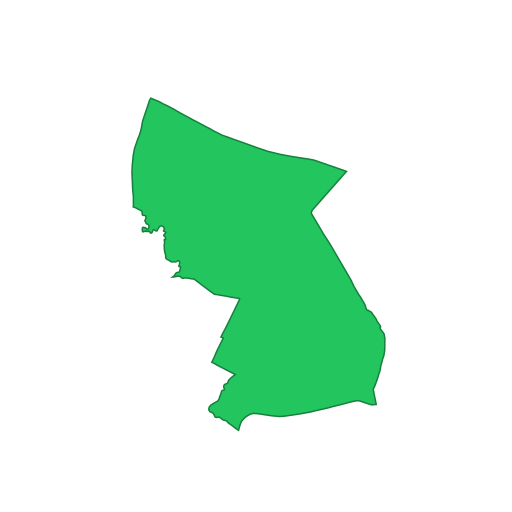 outline of Go Cong Dong, Tiền Giang, Vietnam, rotated 328°
{"feature_id": "81297802B63663693246644", "entity_name": "Go Cong Dong", "entity_type": "district", "adm_level": 2, "iso_a3": "VNM", "parent_name": "Vietnam", "parent_adm1": "Tiền Giang", "projection": "orthographic", "projection_center": [106.706, 10.378], "detail": "fine", "context": "isolated", "style": "filled", "palette": "green", "viewbox_px": 512, "rotation_deg": 328, "n_neighbors": 0, "source": "geoboundaries", "source_scale": "gbopen_adm2", "svg_char_len": 6108}
<svg xmlns="http://www.w3.org/2000/svg" viewBox="0 0 512 512"><g transform="rotate(328 256 256)"><path d="M177.9,149.3L179.1,150.8L180.0,152.3L180.7,153.6L182.4,156.3L182.8,157.0L182.8,157.7L182.6,158.5L182.2,159.4L181.7,160.1L181.5,160.5L181.5,160.9L181.5,161.3L181.8,161.6L182.1,161.9L182.5,162.3L182.8,162.5L183.2,162.7L183.6,163.3L183.7,163.7L183.6,164.0L183.5,164.4L183.3,164.8L182.9,165.3L182.1,166.0L181.7,166.3L180.4,167.3L180.3,167.6L180.4,167.8L180.4,168.0L180.4,168.4L180.3,168.8L180.2,169.3L180.1,169.8L180.1,170.2L180.2,170.6L180.4,171.0L181.1,171.8L181.3,172.1L181.4,172.4L181.4,172.8L181.3,173.2L181.2,173.6L180.9,174.1L180.5,174.7L179.3,175.7L178.8,175.9L178.2,175.9L177.9,175.8L177.7,175.6L177.6,175.2L177.5,174.7L177.5,174.2L177.4,173.9L177.3,173.5L177.0,173.1L176.6,172.8L176.1,172.5L175.7,172.0L175.4,171.8L175.0,171.8L174.7,171.9L174.4,172.1L174.1,172.5L172.9,174.5L172.8,174.9L172.8,175.3L172.9,175.6L173.2,175.8L173.5,175.9L174.3,176.0L174.9,176.2L175.7,176.7L176.1,177.0L176.5,177.5L177.0,177.8L177.7,178.1L178.0,178.1L178.2,178.3L178.4,178.5L178.6,178.7L178.6,179.1L178.6,179.3L178.6,179.5L178.6,180.0L178.6,180.4L178.8,180.8L179.1,181.0L179.3,181.0L180.1,181.0L180.6,180.8L181.0,180.6L181.4,180.3L181.7,180.0L182.5,179.4L182.8,179.4L183.1,179.4L183.3,179.5L183.5,179.7L184.1,181.1L184.3,181.5L184.6,181.9L185.0,182.1L185.5,182.2L185.8,182.0L186.5,181.6L187.3,181.1L188.0,180.7L188.6,180.5L189.5,180.1L190.1,179.9L190.5,179.9L191.1,180.0L191.5,180.2L191.9,180.5L192.4,180.9L192.6,181.2L192.7,181.6L192.9,182.2L192.9,182.7L192.9,183.6L192.8,184.1L192.6,184.5L192.0,184.9L191.1,185.4L190.9,185.7L190.9,186.0L191.0,186.3L191.3,186.7L191.5,187.0L191.9,187.5L191.9,187.8L191.9,188.1L191.8,188.4L191.5,188.6L190.7,188.8L189.6,189.1L189.2,189.3L188.8,189.5L188.6,189.7L188.6,189.8L188.6,190.1L188.7,190.4L188.9,190.7L189.0,191.3L189.0,191.7L188.9,192.2L188.7,192.9L188.4,193.6L188.1,194.0L187.9,194.0L187.6,193.9L187.4,193.7L187.2,193.5L186.9,193.5L186.7,193.6L186.5,193.9L186.4,194.5L185.9,195.5L185.7,195.9L185.5,196.3L184.3,197.6L183.6,198.6L182.6,200.4L181.8,201.8L181.0,203.6L180.4,205.2L180.0,206.9L179.4,208.2L178.5,209.7L178.4,210.3L178.4,210.7L178.7,211.4L179.1,212.3L179.8,213.3L180.3,214.5L180.7,215.4L181.2,216.2L183.0,217.3L184.3,218.2L185.0,218.4L185.5,218.6L186.1,218.6L186.7,218.6L187.1,218.7L187.5,218.8L187.9,219.0L188.1,219.3L188.2,219.5L187.9,220.4L187.7,221.1L187.3,221.9L186.7,222.5L186.0,223.0L185.5,223.3L185.2,223.6L185.1,223.9L185.2,224.2L185.5,224.6L185.9,224.9L186.1,225.1L186.1,225.3L186.1,225.5L186.0,225.8L185.4,226.3L183.4,228.2L182.7,228.7L182.2,228.9L181.8,228.8L181.3,228.6L180.9,228.4L180.5,228.2L180.0,228.1L179.6,228.1L178.8,228.2L176.3,229.3L175.5,229.5L174.1,229.6L175.6,230.4L177.8,231.2L179.9,232.2L180.5,232.6L180.9,233.3L181.0,233.8L181.1,234.5L181.2,234.8L181.3,235.1L181.6,235.5L181.8,235.9L182.2,236.2L182.6,236.5L183.6,236.7L184.7,237.3L186.3,238.5L187.0,239.0L187.8,239.9L188.9,240.9L190.7,242.4L191.4,242.9L191.7,243.9L192.1,245.0L192.5,246.0L196.0,255.3L197.8,260.0L199.9,265.2L200.3,266.1L200.5,266.5L202.6,268.2L205.1,270.5L209.6,274.4L213.2,277.9L216.8,280.9L219.1,283.0L219.4,283.3L219.5,283.5L219.4,283.7L219.2,283.9L218.1,284.7L216.2,285.9L214.1,287.2L207.6,291.3L195.1,299.1L192.9,300.4L191.0,301.6L188.7,302.9L186.5,304.2L183.3,306.2L184.8,308.2L178.1,312.3L172.0,316.1L166.6,319.9L162.2,322.7L164.1,325.7L164.5,326.5L164.5,326.8L164.9,327.5L167.2,331.4L173.7,342.3L175.7,345.5L174.9,345.7L173.2,345.7L170.8,346.0L169.1,346.3L167.5,346.7L166.6,347.1L165.6,347.9L164.7,348.6L164.1,348.7L163.7,348.7L163.3,348.6L162.9,348.6L162.5,348.5L161.6,348.3L161.1,348.3L160.7,348.5L160.2,348.8L159.6,349.4L159.1,350.1L159.0,350.4L159.0,350.7L158.9,351.3L158.7,351.9L158.5,352.2L158.3,352.5L158.0,352.7L157.7,352.7L157.2,352.5L156.1,352.2L155.7,352.2L155.4,352.3L155.0,352.6L153.2,354.2L151.8,355.3L151.0,355.8L149.7,356.9L148.8,357.7L148.0,358.2L147.2,358.5L146.4,358.7L145.3,358.6L142.1,358.5L139.8,358.5L138.8,358.5L138.0,358.7L136.4,359.3L135.9,359.7L135.3,360.2L134.9,360.8L134.4,361.7L134.4,362.9L134.4,363.5L134.7,364.1L135.0,364.5L135.5,365.3L136.1,366.1L136.3,366.5L136.3,366.8L136.3,368.5L136.0,370.5L136.3,371.4L136.7,371.8L138.5,372.7L139.1,373.0L139.5,373.3L139.7,373.7L140.1,374.5L140.4,375.6L140.8,376.7L141.0,377.2L141.5,377.9L141.9,378.4L142.7,379.2L143.3,379.8L143.6,380.3L143.8,380.8L143.8,381.4L143.9,382.2L143.9,382.5L145.4,386.1L147.0,390.2L147.5,391.7L148.8,394.6L153.2,390.6L155.8,388.7L158.7,387.7L162.4,387.0L165.8,387.0L168.3,387.4L170.3,388.1L173.3,390.2L176.3,392.7L184.5,399.7L190.9,404.6L195.0,406.8L207.9,412.5L219.6,417.2L223.4,418.4L236.3,422.9L242.3,424.7L249.9,427.2L260.8,430.6L264.6,432.1L265.9,432.8L267.1,433.8L269.5,436.8L274.4,442.7L275.2,443.5L277.7,444.8L279.3,445.6L284.7,431.2L288.7,428.6L294.7,423.8L297.6,421.2L300.0,419.3L301.4,418.0L303.4,415.5L307.0,412.3L309.3,410.0L311.4,408.5L312.1,407.7L315.1,404.3L316.8,401.7L320.8,395.4L321.3,394.8L321.7,394.1L321.8,393.6L323.1,390.7L323.3,389.9L323.2,387.3L322.8,384.0L322.8,383.4L323.1,382.9L323.3,382.4L323.9,382.4L324.1,382.2L324.4,380.8L324.1,375.3L324.4,373.8L324.5,372.7L324.4,370.5L324.1,367.1L324.2,366.0L324.1,365.2L323.7,363.8L323.0,363.2L322.8,362.8L322.7,362.3L322.7,361.9L322.5,361.6L321.8,361.3L321.5,360.9L321.5,360.1L321.9,357.2L322.2,356.5L322.4,356.1L322.5,355.4L322.7,353.5L322.7,350.7L322.8,348.6L322.9,346.1L322.7,343.1L323.0,332.5L323.3,331.5L323.4,329.6L323.7,328.2L323.8,327.1L325.1,285.5L324.9,272.1L325.1,266.9L325.5,249.1L327.6,247.1L377.6,232.2L357.4,207.1L355.8,205.2L352.2,201.9L339.9,191.3L330.6,182.8L321.6,173.6L314.6,165.1L291.1,135.3L286.1,127.0L284.6,124.0L281.1,118.2L278.2,113.1L276.8,110.7L276.6,110.2L275.4,108.4L272.0,102.3L270.0,98.8L267.5,94.5L264.5,88.7L260.4,81.6L257.7,77.5L255.7,73.8L250.4,66.4L248.0,67.7L242.4,72.4L234.8,78.6L230.9,81.9L227.2,86.1L224.0,89.3L221.0,91.8L217.9,94.0L209.9,100.5L205.1,105.7L203.9,107.3L199.5,113.0L195.2,119.2L192.5,123.9L190.0,128.4L187.7,132.4L186.3,134.9L183.3,141.0L180.3,145.7L179.4,147.3L177.9,149.3Z" fill="#22c55e" stroke="#15803d" stroke-width="1.5"/></g></svg>